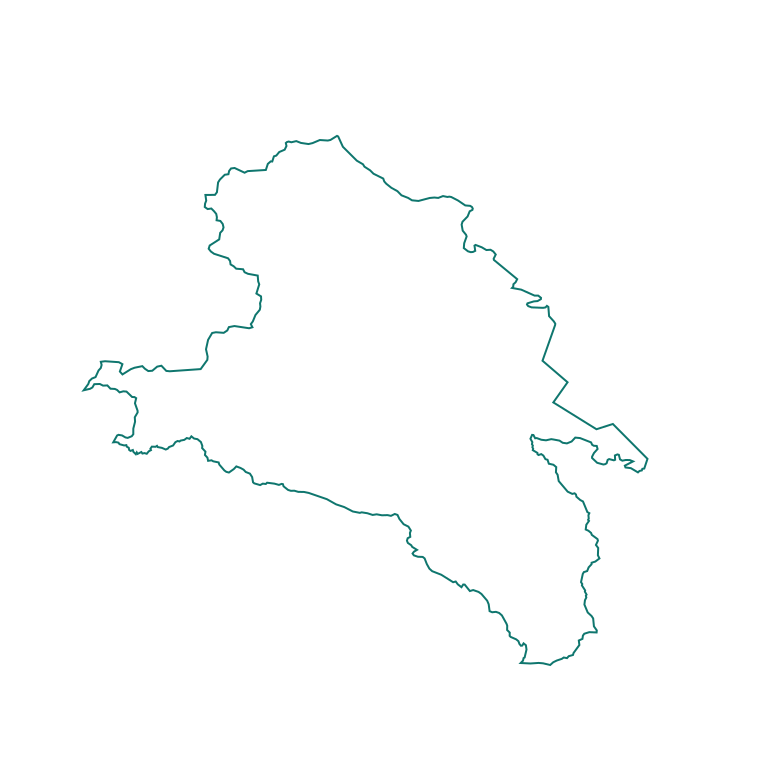 Machadinho D'Oeste, Rondônia, Brazil (Robinson projection), rotated 289°
{"feature_id": "56859067B12494646191550", "entity_name": "Machadinho D'Oeste", "entity_type": "district", "adm_level": 2, "iso_a3": "BRA", "parent_name": "Brazil", "parent_adm1": "Rondônia", "projection": "robinson", "projection_center": [-62.078, -9.19], "detail": "fine", "context": "isolated", "style": "outline", "palette": "teal", "viewbox_px": 768, "rotation_deg": 289, "n_neighbors": 0, "source": "geoboundaries", "source_scale": "gbopen_adm2", "svg_char_len": 6166}
<svg xmlns="http://www.w3.org/2000/svg" viewBox="0 0 768 768"><g transform="rotate(289 384 384)"><path d="M218.3,665.9L220.3,665.4L223.2,661.4L230.4,658.1L232.2,655.8L234.3,651.0L240.7,645.3L245.0,644.4L248.0,644.8L249.5,643.8L250.8,644.1L253.1,641.5L254.3,641.4L258.0,636.7L259.4,636.6L260.8,634.8L269.1,633.8L271.2,634.2L273.3,637.0L277.3,637.2L281.1,638.9L282.6,638.5L284.9,641.6L289.2,644.5L291.7,642.0L298.7,639.9L300.8,636.8L305.5,637.3L306.9,636.3L309.0,629.6L310.6,628.3L311.8,625.1L312.1,622.1L316.8,621.1L321.3,622.4L322.0,621.2L323.4,621.4L326.5,620.0L328.7,620.2L329.1,618.0L337.7,610.4L338.2,607.3L340.1,602.6L342.0,601.5L342.7,599.8L341.4,597.8L342.0,592.7L349.1,580.8L354.7,577.7L356.5,575.3L361.5,573.9L362.8,570.5L362.3,565.8L365.6,563.3L365.5,561.1L368.2,558.0L368.9,555.5L367.2,553.3L367.5,552.1L368.8,551.5L369.9,546.2L371.4,546.1L372.5,544.9L374.2,544.8L375.2,543.5L377.3,543.2L379.9,540.3L384.1,540.6L384.4,541.9L381.9,544.6L382.6,546.0L382.5,550.9L383.5,555.5L386.3,560.1L386.7,562.3L387.6,568.4L386.6,572.1L387.4,576.3L390.7,580.1L395.6,582.3L396.7,587.0L396.2,598.8L394.3,600.6L393.9,602.5L394.7,605.3L392.1,607.1L387.1,605.0L383.0,604.4L381.8,604.8L378.9,611.2L379.3,617.6L380.2,619.2L381.5,620.3L385.1,620.2L386.3,621.3L386.7,626.2L387.6,627.2L391.6,625.6L393.4,627.6L393.5,629.1L389.6,631.7L389.1,634.3L390.9,637.4L392.1,641.2L391.9,644.7L385.2,638.3L383.7,639.5L384.8,644.8L383.1,652.9L385.0,653.9L386.2,655.9L387.9,655.9L388.8,657.6L399.0,657.5L420.7,613.4L410.4,599.6L421.7,550.1L445.4,557.0L457.6,526.3L495.6,526.6L496.8,526.3L498.5,524.2L501.9,518.0L510.4,514.3L510.9,512.6L509.0,511.8L507.8,509.6L504.5,498.6L504.6,495.0L505.7,493.3L507.0,493.4L510.9,498.8L512.4,502.2L515.3,504.7L516.6,504.4L517.8,501.0L516.6,497.6L517.9,483.0L516.5,473.8L518.0,474.5L520.5,473.9L523.0,475.3L526.5,475.8L537.1,447.5L538.2,446.9L542.8,447.5L544.9,444.2L545.6,441.0L544.0,437.2L545.1,431.9L545.3,425.3L544.3,424.5L539.6,426.9L537.8,425.1L536.9,423.1L536.8,420.2L538.5,415.2L543.2,414.0L550.4,414.1L551.8,413.0L554.6,408.5L560.0,405.5L563.0,405.4L569.6,408.5L575.2,408.8L577.4,410.9L578.8,410.8L580.0,409.5L580.5,407.5L579.3,402.7L581.6,394.2L582.7,386.7L582.4,384.7L581.5,383.1L580.9,378.6L577.6,374.7L576.7,370.9L574.8,366.7L568.3,357.0L566.8,350.7L567.8,346.2L568.1,339.1L570.7,333.9L571.9,327.1L574.1,320.9L575.6,318.3L578.0,316.4L579.4,305.6L581.5,301.3L583.1,294.8L584.9,292.6L586.3,285.6L594.9,267.9L603.1,260.1L603.3,258.8L597.3,253.9L595.9,251.6L593.8,243.9L588.5,238.0L586.3,234.5L584.9,227.0L585.1,222.0L582.4,217.7L582.2,214.9L581.2,213.5L579.9,212.7L577.3,214.3L573.2,213.8L569.2,209.4L564.9,207.8L563.4,205.8L558.0,205.9L557.6,204.4L554.3,202.5L547.9,202.6L540.9,185.8L538.4,183.4L539.6,172.4L538.0,169.2L535.0,168.2L531.7,168.6L530.0,165.3L523.9,162.3L520.6,161.5L510.9,163.6L507.8,162.6L504.6,153.6L499.5,156.2L496.3,156.1L493.0,156.9L492.0,160.3L493.7,163.6L492.0,167.1L490.2,170.0L487.3,171.7L484.3,172.4L484.9,176.2L482.8,179.4L479.8,181.3L476.7,181.3L473.6,179.9L467.1,181.1L458.2,174.1L454.8,174.2L452.9,177.2L451.8,180.9L452.1,195.6L450.2,198.4L447.1,200.0L446.4,203.5L444.9,206.7L446.6,213.4L444.3,215.8L443.9,219.5L445.4,229.3L440.1,231.6L437.6,233.6L428.0,233.9L426.8,239.2L423.6,240.5L420.0,240.5L417.0,241.9L413.8,242.4L407.4,240.0L400.4,239.6L397.3,238.6L394.8,241.1L392.8,238.3L390.1,223.7L387.3,218.8L383.6,218.4L380.2,215.8L378.2,208.2L376.3,204.9L368.5,203.3L358.9,204.4L352.5,208.3L349.3,209.1L338.4,205.8L326.3,177.3L325.5,173.9L328.8,167.6L326.6,163.9L321.1,160.6L319.5,156.9L320.6,152.9L322.2,149.7L318.2,142.9L315.6,139.8L307.9,133.6L309.8,130.2L317.6,130.2L318.3,126.2L314.7,112.8L312.8,109.0L310.1,110.8L306.9,111.0L303.9,109.7L296.6,109.0L294.1,106.1L290.8,104.4L287.7,104.4L280.3,102.1L283.8,107.7L285.8,109.4L289.5,110.1L291.5,115.3L291.0,118.9L292.6,122.9L290.5,126.9L291.7,131.1L291.5,133.5L290.0,136.7L292.2,139.9L293.0,143.0L289.7,150.1L290.4,152.3L289.9,154.3L284.7,154.8L278.5,159.7L276.9,160.3L271.4,159.2L267.3,160.9L260.2,161.5L254.9,163.3L252.5,162.5L249.6,159.2L249.3,156.9L250.1,153.1L249.5,149.5L248.4,148.4L240.7,147.0L241.8,149.5L242.1,152.0L241.0,153.5L241.3,158.3L242.3,160.3L241.0,161.2L240.6,163.4L238.7,164.5L238.2,166.1L239.8,168.0L238.3,169.1L236.8,172.2L238.8,172.5L237.7,173.8L240.7,176.7L239.6,178.2L240.7,180.0L240.8,182.4L243.8,183.5L245.6,185.2L246.7,184.2L249.2,184.9L250.3,188.5L251.6,189.5L250.7,190.6L251.3,194.7L251.0,199.0L252.5,200.6L254.4,201.3L257.2,204.6L261.1,205.7L262.9,207.4L263.1,209.4L264.2,210.0L266.2,213.4L268.7,215.1L268.9,218.0L271.8,218.9L270.6,222.2L271.1,225.6L269.5,229.8L266.3,232.4L264.2,232.9L261.9,237.2L258.6,237.8L256.9,241.0L254.1,242.7L255.7,245.8L255.3,247.7L256.0,253.2L254.2,254.5L250.3,261.2L249.6,263.5L249.8,266.2L254.7,269.7L258.0,271.2L257.9,275.6L257.3,279.1L255.8,281.9L255.6,286.4L253.1,289.6L248.4,292.2L247.8,293.7L248.1,299.8L250.3,301.8L251.0,304.8L252.6,305.6L254.1,312.8L254.4,317.5L256.2,319.7L256.4,321.0L254.5,322.4L252.6,327.8L252.7,330.8L253.9,333.9L254.1,338.0L255.9,343.6L256.5,348.3L256.5,367.5L254.6,377.9L254.7,386.4L253.3,396.0L254.3,403.1L255.4,404.7L256.4,410.4L256.5,415.9L258.4,419.5L259.2,424.8L261.2,430.1L261.6,433.5L264.6,436.5L264.6,439.4L261.4,442.5L257.8,448.2L257.1,453.5L254.2,457.1L251.6,457.0L248.0,458.6L245.9,456.6L243.3,456.7L241.5,458.3L240.4,462.3L239.2,463.6L237.9,469.2L235.2,466.9L233.0,466.2L231.7,468.0L231.7,472.3L233.1,476.9L232.3,479.2L227.7,483.1L224.2,487.0L222.7,490.5L222.3,500.2L219.1,513.9L220.6,516.1L218.6,519.0L217.1,523.4L220.2,524.2L220.6,525.6L216.2,532.6L218.2,535.4L218.2,541.1L217.2,544.5L212.7,552.1L209.8,554.7L203.6,557.8L203.4,560.6L205.0,564.0L205.0,567.4L203.6,570.8L197.2,577.9L195.6,579.2L191.5,580.5L189.9,583.8L186.8,584.8L186.1,586.1L185.6,592.1L184.6,594.8L182.3,596.7L181.1,598.7L181.7,599.9L184.2,600.4L183.2,603.2L179.3,605.2L171.2,606.0L170.3,605.2L167.7,605.5L164.7,604.1L167.4,613.4L170.6,621.0L171.7,625.4L172.4,632.6L176.0,634.6L178.8,637.4L182.0,641.6L183.9,643.0L184.4,646.3L186.8,647.3L189.3,650.9L191.4,650.8L200.8,653.7L204.9,651.7L207.6,654.6L210.9,654.0L213.1,654.7L216.2,658.9L218.3,665.9Z" fill="none" stroke="#0f766e" stroke-width="2"/></g></svg>